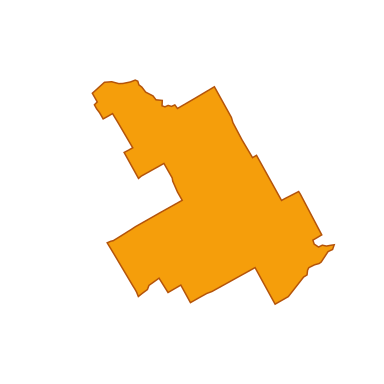 Farroupilha, Rio Grande do Sul, Brazil (Robinson projection), rotated 331°
{"feature_id": "56859067B57975111280948", "entity_name": "Farroupilha", "entity_type": "district", "adm_level": 2, "iso_a3": "BRA", "parent_name": "Brazil", "parent_adm1": "Rio Grande do Sul", "projection": "robinson", "projection_center": [-51.37, -29.195], "detail": "fine", "context": "isolated", "style": "filled", "palette": "amber", "viewbox_px": 384, "rotation_deg": 331, "n_neighbors": 0, "source": "geoboundaries", "source_scale": "gbopen_adm2", "svg_char_len": 1387}
<svg xmlns="http://www.w3.org/2000/svg" viewBox="0 0 384 384"><g transform="rotate(331 192 192)"><path d="M282.1,310.1L287.1,310.4L290.8,307.1L286.5,305.5L283.4,304.5L280.2,301.7L276.0,301.5L273.6,296.8L274.4,292.7L284.7,292.4L285.7,246.4L285.5,243.3L270.5,242.8L266.2,242.8L266.2,221.6L266.2,216.1L266.2,212.6L266.2,207.9L266.2,197.2L266.2,191.2L261.6,191.3L261.0,170.5L261.4,151.2L262.6,145.9L262.6,110.8L239.2,111.5L219.8,111.9L219.2,107.5L215.6,107.2L213.1,104.7L209.6,104.4L207.6,102.1L210.4,97.5L205.2,93.9L204.5,89.1L199.9,82.2L199.0,76.0L197.5,72.5L198.3,68.8L196.6,66.6L191.5,65.9L184.2,63.6L180.5,61.7L175.2,56.6L168.6,53.6L155.3,56.7L152.7,57.3L152.8,67.3L148.9,68.4L148.9,73.0L149.6,77.8L149.7,85.0L155.3,85.0L160.5,84.9L160.9,94.7L161.6,124.6L155.5,124.6L151.8,124.5L151.8,134.6L151.8,154.2L155.3,153.5L181.3,153.4L181.5,170.1L180.4,173.2L179.3,185.0L179.4,194.5L155.3,194.6L125.8,194.9L119.6,195.4L116.6,195.5L113.8,195.7L99.6,196.4L97.1,195.7L93.2,195.3L93.7,208.9L94.8,245.8L95.0,248.9L95.0,252.5L94.4,257.4L99.0,256.6L105.7,255.7L109.1,252.8L121.4,251.4L122.3,268.3L137.1,268.0L137.0,288.0L145.9,287.9L155.8,287.9L161.2,288.7L182.5,288.7L187.6,288.7L210.5,288.7L210.4,304.6L210.3,330.4L225.5,330.2L233.3,326.9L248.4,320.5L252.4,320.3L255.2,316.4L257.5,314.8L263.9,315.1L268.5,316.2L271.0,315.9L282.1,310.1Z" fill="#f59e0b" stroke="#b45309" stroke-width="1.5"/></g></svg>